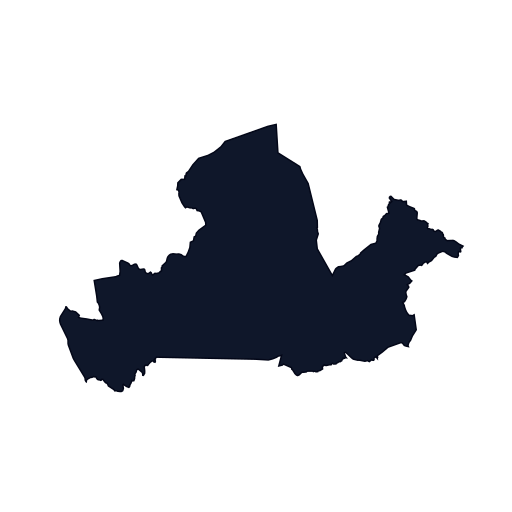 Quiroga, Michoacán, Mexico, rotated 349°
{"feature_id": "50627088B77362230794456", "entity_name": "Quiroga", "entity_type": "district", "adm_level": 2, "iso_a3": "MEX", "parent_name": "Mexico", "parent_adm1": "Michoacán", "projection": "robinson", "projection_center": [-101.552, 19.708], "detail": "fine", "context": "isolated", "style": "filled", "palette": "ink", "viewbox_px": 512, "rotation_deg": 349, "n_neighbors": 0, "source": "geoboundaries", "source_scale": "gbopen_adm2", "svg_char_len": 6094}
<svg xmlns="http://www.w3.org/2000/svg" viewBox="0 0 512 512"><g transform="rotate(349 256 256)"><path d="M388.3,374.0L388.1,372.8L389.3,370.5L390.2,369.4L391.5,368.4L394.3,364.2L399.2,359.0L400.0,343.9L398.3,344.5L396.0,343.7L395.5,343.7L394.6,343.0L393.2,340.1L392.5,337.4L392.1,334.4L392.1,332.7L391.1,329.5L393.0,329.2L395.2,326.7L396.3,324.8L396.0,322.4L396.1,320.0L396.6,319.1L400.0,315.9L400.0,314.8L399.1,313.5L399.0,312.9L401.6,312.2L404.2,310.2L403.2,309.1L401.5,305.6L398.0,302.7L400.0,301.3L409.1,300.2L409.6,299.3L413.6,296.2L415.9,296.3L416.5,296.8L417.7,296.3L418.4,295.2L420.9,294.2L422.3,294.1L423.0,296.0L424.4,295.0L427.4,294.0L430.7,291.2L432.4,290.6L434.0,288.6L435.5,287.9L439.9,287.0L441.1,287.4L443.0,288.5L443.1,289.1L444.1,290.1L448.4,293.8L450.6,294.9L453.4,295.8L454.8,294.2L454.9,292.3L455.6,290.3L457.6,291.0L457.8,290.8L458.0,288.0L458.3,287.0L459.7,287.3L460.1,286.6L461.1,285.8L457.3,282.9L455.1,280.4L453.5,278.9L452.4,278.3L446.6,277.4L446.1,277.0L444.8,275.4L444.9,274.5L443.7,273.5L443.9,271.1L443.7,271.1L443.4,268.9L443.1,268.3L442.2,267.7L441.8,266.9L439.8,265.2L438.8,265.4L437.2,266.2L435.4,265.7L434.9,264.0L434.2,263.5L432.8,263.3L431.2,262.3L429.8,262.0L429.5,261.2L430.4,259.6L430.5,258.0L431.0,257.0L430.2,256.4L429.2,254.9L427.6,253.5L425.4,253.3L424.2,252.9L423.7,252.3L422.8,252.0L421.4,251.2L420.9,250.1L422.5,244.5L422.4,243.4L422.2,242.9L420.5,241.6L420.5,239.8L420.1,239.4L416.2,236.9L413.7,235.0L413.6,233.9L414.0,230.9L410.3,230.6L409.9,230.3L409.8,229.5L408.9,228.6L406.6,228.6L402.3,226.8L399.9,223.2L399.2,223.1L398.2,223.8L398.0,224.7L398.8,225.4L398.5,225.9L399.7,228.5L398.0,229.4L398.2,228.6L397.3,228.5L396.7,230.4L395.9,230.9L395.8,231.4L395.5,231.7L394.8,233.1L394.3,233.2L394.7,239.0L394.6,239.5L392.2,239.3L390.1,240.9L388.7,241.3L388.2,241.9L388.2,242.6L386.0,243.9L384.4,247.1L382.6,249.3L382.3,250.1L382.6,252.4L380.9,256.2L380.8,257.4L380.4,258.2L378.9,259.9L378.1,262.3L377.8,264.1L376.1,266.3L371.1,266.6L363.0,270.8L359.3,273.0L359.2,273.6L356.4,275.3L354.4,275.6L348.9,278.8L343.9,280.2L340.8,282.2L340.0,282.5L337.3,282.5L334.8,282.3L332.4,283.4L331.6,284.0L327.2,289.8L317.5,260.7L318.2,251.9L321.3,246.2L321.3,245.3L321.0,244.5L321.3,241.3L320.9,240.0L321.7,239.7L322.9,232.8L321.0,194.8L317.5,184.3L316.3,179.2L316.1,176.6L297.2,158.9L300.9,130.7L292.4,131.0L247.6,137.7L242.5,142.1L234.6,146.2L228.1,148.1L218.4,149.2L211.5,154.4L205.9,160.1L203.8,161.1L204.1,161.8L203.0,162.1L202.6,164.0L201.6,163.8L200.6,167.1L197.2,166.5L193.3,169.2L192.5,172.3L191.0,175.8L191.9,176.2L192.5,176.9L192.7,178.6L192.2,180.1L191.9,182.3L193.5,189.7L195.2,193.9L196.0,195.2L197.1,194.7L198.1,194.9L200.3,196.1L202.2,196.5L203.4,197.5L205.4,197.4L206.3,198.0L206.9,200.2L208.5,200.7L210.2,201.8L210.7,202.5L213.0,213.4L212.6,216.2L204.9,219.8L201.8,222.2L200.6,225.0L199.0,225.4L197.5,229.2L194.2,230.0L192.7,235.1L190.2,239.3L187.3,243.1L185.8,242.9L184.4,242.2L182.8,240.4L180.7,239.3L178.2,239.0L175.0,238.0L172.5,238.0L171.1,238.6L169.5,239.8L168.5,241.2L167.1,244.3L166.2,245.2L162.0,247.8L161.7,249.2L160.9,249.6L160.4,252.5L159.4,252.8L157.1,254.3L156.4,254.1L155.3,254.2L153.4,253.7L151.0,255.0L150.5,254.8L149.9,252.4L149.3,251.7L147.7,252.5L146.7,252.7L145.7,252.4L144.8,251.7L144.2,250.7L144.1,248.1L143.7,247.5L143.1,247.3L139.8,247.2L138.6,246.4L138.1,245.5L137.2,241.8L136.6,241.0L135.0,240.9L132.4,241.8L130.9,241.5L130.3,240.8L129.8,239.4L128.9,238.5L123.7,234.8L122.6,234.8L121.3,236.1L120.8,237.1L119.7,245.2L118.4,249.0L116.0,249.2L114.6,249.6L100.9,249.0L92.5,249.2L92.0,265.0L91.5,270.9L92.3,272.3L92.7,274.2L92.8,276.4L91.8,279.1L93.3,283.2L94.1,286.2L94.1,288.3L93.4,289.8L89.0,289.3L88.1,288.8L87.7,289.1L85.0,287.4L83.8,287.9L77.8,285.5L71.9,283.5L70.0,282.3L71.2,280.5L68.3,276.5L65.1,274.9L64.3,275.0L63.3,274.7L60.8,271.6L60.5,270.4L59.9,269.6L59.8,269.1L59.5,270.1L58.8,271.4L52.5,278.1L51.5,280.0L51.0,281.7L50.9,283.6L51.1,285.5L55.3,301.2L55.4,302.9L54.8,306.1L54.8,307.6L57.1,321.5L57.9,324.0L64.6,342.0L64.9,343.2L64.7,345.3L65.2,346.9L65.4,347.1L65.7,346.2L65.6,345.7L67.2,344.7L70.1,343.7L71.9,343.8L73.5,343.3L74.0,343.8L75.6,343.9L76.3,345.8L76.9,346.9L77.6,347.4L78.6,347.6L79.7,348.4L80.3,348.4L80.8,347.7L82.1,347.8L83.6,350.8L84.5,352.0L85.4,352.4L86.0,353.8L86.3,355.4L90.6,359.6L91.2,360.3L91.6,361.4L93.2,361.6L94.3,362.3L96.7,363.1L97.9,363.3L98.8,363.1L99.1,362.7L99.5,362.7L100.6,360.6L100.6,359.7L100.4,359.5L100.7,358.6L100.6,357.5L101.3,356.7L103.9,359.3L106.1,360.7L106.8,360.2L107.3,359.5L107.2,359.3L107.9,358.1L108.8,357.2L110.4,354.6L110.6,355.0L112.3,355.1L113.4,353.2L113.8,351.5L114.6,349.9L114.4,348.7L115.9,347.4L117.2,344.9L118.6,344.5L119.1,344.8L121.9,348.3L122.3,349.5L122.1,351.5L122.7,351.7L124.3,349.9L124.8,347.7L125.1,344.4L124.9,343.7L125.7,342.9L125.9,342.3L127.4,342.1L128.2,342.7L128.8,342.7L130.2,341.4L132.0,340.1L134.1,339.2L135.0,339.5L135.3,339.8L135.5,340.5L136.6,341.0L137.2,340.0L137.1,339.1L136.8,338.5L137.7,337.8L137.6,337.5L137.3,337.5L138.9,336.3L235.4,357.1L248.3,360.4L252.8,360.1L256.9,359.3L258.6,358.5L261.1,358.5L262.2,358.3L257.4,368.3L261.1,368.1L262.3,367.3L269.6,372.4L269.5,373.9L270.3,374.9L271.8,378.9L273.0,380.6L274.1,381.3L275.8,380.9L279.1,378.7L279.7,379.1L283.2,379.4L284.3,378.8L289.2,379.7L289.9,379.9L290.2,380.4L291.2,380.2L292.4,380.7L292.7,381.1L294.6,381.3L295.0,380.6L296.8,380.7L299.8,379.6L300.0,377.3L300.2,377.0L301.2,376.7L301.8,375.9L302.5,375.8L302.8,376.5L304.1,376.9L307.2,376.8L308.8,377.1L309.2,377.0L309.3,376.3L310.8,375.9L311.4,376.8L313.9,377.2L314.3,376.6L315.9,376.3L317.4,375.4L318.2,375.9L320.3,375.1L320.5,374.1L322.2,373.4L322.2,372.8L323.5,373.3L324.1,372.8L325.2,373.1L324.7,372.2L324.2,368.7L324.4,367.7L325.7,367.6L330.4,374.2L331.8,375.8L335.7,377.6L337.9,378.1L342.8,380.1L345.5,380.0L347.1,381.3L349.7,379.9L349.8,380.2L350.4,380.5L351.5,380.8L352.1,380.3L352.0,379.4L352.3,378.8L354.4,377.7L355.5,379.6L355.6,378.7L356.0,378.7L356.1,377.0L361.6,374.4L368.2,370.7L381.3,368.7L383.0,369.1L384.5,372.1L386.2,373.1L388.3,374.0Z" fill="#0f172a" stroke="#020617" stroke-width="1.5"/></g></svg>